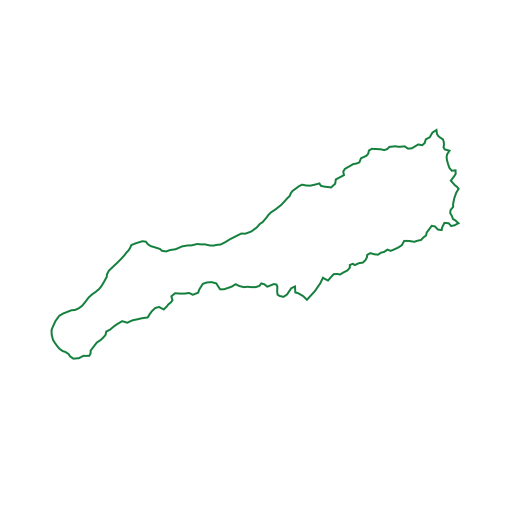 outline of Reginópolis, São Paulo, Brazil, rotated 246°
{"feature_id": "56859067B40817295644111", "entity_name": "Reginópolis", "entity_type": "district", "adm_level": 2, "iso_a3": "BRA", "parent_name": "Brazil", "parent_adm1": "São Paulo", "projection": "equal_earth", "projection_center": [-49.183, -21.855], "detail": "fine", "context": "isolated", "style": "outline", "palette": "green", "viewbox_px": 512, "rotation_deg": 246, "n_neighbors": 0, "source": "geoboundaries", "source_scale": "gbopen_adm2", "svg_char_len": 3393}
<svg xmlns="http://www.w3.org/2000/svg" viewBox="0 0 512 512"><g transform="rotate(246 256 256)"><path d="M293.5,458.6L290.6,456.0L289.6,453.0L291.9,449.6L291.0,442.1L292.2,438.6L295.7,436.4L297.5,431.2L299.6,427.8L301.4,422.3L300.3,419.3L300.6,416.2L302.8,413.3L306.8,405.4L306.4,402.1L303.8,400.1L302.6,397.5L302.6,391.7L299.5,388.5L299.6,385.4L300.4,382.3L299.4,372.6L297.7,370.1L294.1,369.2L293.5,360.1L289.8,357.7L288.1,352.5L291.7,346.5L293.6,343.9L296.5,343.4L297.2,339.0L298.2,334.1L299.9,330.7L302.4,327.1L302.3,323.7L300.5,315.6L299.0,313.1L297.1,311.2L296.0,308.0L294.3,304.3L292.3,299.5L290.7,293.0L289.7,287.2L288.5,284.1L286.7,281.0L284.3,275.9L283.7,272.5L281.8,268.4L280.3,261.7L280.7,255.4L282.5,251.6L281.9,239.1L281.1,233.3L280.9,228.2L282.1,224.8L282.8,221.4L284.4,218.1L287.6,213.8L288.7,211.0L290.9,207.1L291.9,201.5L293.5,197.7L294.8,192.5L294.9,185.2L296.4,179.9L296.7,175.8L299.0,172.2L301.4,171.2L305.1,167.1L307.9,163.8L310.7,162.0L313.9,161.2L315.7,158.2L316.5,151.4L316.7,146.6L314.6,144.3L313.0,141.9L311.8,139.0L310.3,136.3L308.2,131.6L306.1,126.1L305.1,123.1L302.4,115.6L300.0,112.5L297.5,111.0L295.8,108.7L293.6,105.8L291.2,102.3L289.6,99.1L288.4,94.8L287.6,90.7L286.2,86.3L283.1,80.7L281.2,76.8L280.3,72.7L280.3,68.7L281.5,65.3L281.9,56.6L281.4,52.0L278.2,46.4L273.6,41.2L271.5,39.1L267.4,37.4L262.0,36.4L258.6,36.9L254.7,37.7L251.2,38.7L247.8,40.7L245.9,42.8L242.9,44.8L239.8,45.4L236.5,47.4L234.7,52.6L235.0,57.7L232.6,63.0L234.3,65.3L236.8,66.4L238.4,69.3L241.7,75.4L242.4,79.7L243.4,82.7L245.0,86.3L247.9,88.5L248.1,92.7L249.3,96.9L250.1,100.5L250.9,107.2L247.4,111.3L247.5,114.3L247.4,117.4L246.3,122.4L245.7,125.8L243.9,132.1L246.3,135.5L247.9,138.4L249.5,142.8L248.9,146.6L244.7,150.0L246.2,154.0L247.5,156.4L248.2,159.4L249.6,161.7L253.6,162.3L254.9,166.9L252.5,171.4L250.7,175.5L249.4,179.9L246.3,182.5L246.0,188.2L248.4,190.5L250.5,193.5L252.2,196.1L251.8,200.4L250.2,204.8L247.1,208.6L243.4,209.1L240.1,209.7L238.6,213.3L238.3,216.6L237.9,221.5L238.5,225.9L235.2,228.7L232.4,232.4L231.3,235.9L229.5,238.9L227.7,243.0L227.3,246.9L228.8,249.7L226.7,252.2L223.4,253.8L223.2,257.5L223.1,260.8L221.6,263.1L219.2,263.0L215.3,261.0L211.9,260.0L209.8,261.4L207.5,264.5L208.2,268.7L210.3,272.0L212.2,275.1L212.3,279.2L206.7,277.1L204.8,279.4L202.5,281.1L200.1,282.8L195.3,284.7L199.9,295.4L204.9,303.6L208.9,308.3L206.8,309.8L204.3,311.8L205.8,315.0L207.8,319.5L206.6,322.9L204.9,325.2L205.4,329.2L205.6,333.6L207.2,337.0L209.6,338.0L209.5,341.3L207.5,342.6L207.6,347.2L206.5,350.9L207.6,354.1L209.6,356.7L211.8,358.1L212.1,361.6L209.3,365.0L207.6,368.0L208.2,371.6L207.6,374.7L208.4,378.6L205.9,381.2L205.8,384.7L205.9,389.8L206.6,393.7L209.5,397.5L207.4,402.1L204.6,406.3L204.3,409.6L203.5,413.2L204.8,416.3L205.6,419.7L208.1,421.6L210.2,425.5L212.1,428.8L210.2,431.5L206.2,432.9L204.2,436.1L206.8,438.1L209.6,441.6L207.6,445.3L204.0,446.5L203.3,449.8L203.6,454.3L207.6,452.5L209.6,451.0L213.0,451.2L216.4,450.9L218.9,452.5L220.7,456.1L223.5,457.3L228.2,460.7L232.3,464.6L235.0,468.4L237.4,467.8L239.5,466.6L242.2,465.7L245.6,464.6L248.3,469.6L249.8,471.8L253.1,473.1L254.3,469.5L257.9,468.5L262.3,468.9L266.1,469.5L269.0,470.4L271.2,472.0L273.5,475.6L276.6,471.8L278.8,471.5L281.9,473.3L284.2,474.0L286.6,474.2L289.4,472.3L291.7,471.2L294.1,471.0L297.7,472.1L297.0,467.4L293.8,463.0L293.5,458.6Z" fill="none" stroke="#15803d" stroke-width="2"/></g></svg>